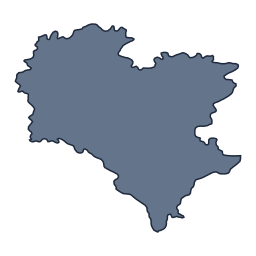 Kalinkavichy, Gomel, Belarus
{"feature_id": "67162791B95934163913722", "entity_name": "Kalinkavichy", "entity_type": "district", "adm_level": 2, "iso_a3": "BLR", "parent_name": "Belarus", "parent_adm1": "Gomel", "projection": "equal_earth", "projection_center": [29.457, 52.185], "detail": "fine", "context": "isolated", "style": "filled", "palette": "slate", "viewbox_px": 256, "rotation_deg": 0, "n_neighbors": 0, "source": "geoboundaries", "source_scale": "gbopen_adm2", "svg_char_len": 5707}
<svg xmlns="http://www.w3.org/2000/svg" viewBox="0 0 256 256"><path d="M38.6,37.1L38.7,40.7L37.1,41.8L36.5,43.3L35.2,44.4L35.2,45.5L36.3,46.4L37.3,47.0L37.5,48.6L36.3,50.0L34.6,50.5L33.5,51.5L33.5,53.4L33.8,54.6L33.5,56.2L33.2,57.0L32.0,58.1L31.2,58.6L29.0,59.3L24.8,60.0L24.0,60.9L25.1,62.0L27.0,63.2L27.2,64.4L27.8,65.7L29.5,66.7L31.3,68.2L30.1,69.6L26.0,70.3L24.4,71.0L23.4,71.8L21.5,72.4L18.8,72.7L17.0,74.4L16.7,76.0L16.7,77.9L15.9,79.7L15.4,81.2L16.3,82.3L19.3,84.5L20.5,85.9L19.1,88.3L18.5,89.8L17.9,91.4L18.5,92.0L19.7,91.9L21.7,91.3L22.7,91.2L23.8,92.3L25.1,93.1L27.7,93.7L28.4,94.6L28.2,96.6L28.2,99.2L27.9,100.8L28.5,102.2L31.6,105.0L33.2,106.7L34.6,108.7L34.4,109.6L33.3,112.3L33.1,113.7L32.6,114.6L31.5,115.1L29.4,116.7L28.7,117.6L29.4,118.6L31.2,120.0L32.5,121.7L30.9,123.9L29.8,125.1L28.5,127.0L28.3,129.2L29.5,130.6L31.3,132.2L31.7,133.0L31.8,134.1L31.0,134.8L30.2,136.3L30.4,137.6L31.4,138.9L30.2,139.8L29.6,139.9L30.1,140.9L32.1,141.8L33.2,141.8L35.5,141.0L36.6,141.0L37.7,141.5L39.2,141.8L39.9,141.7L40.7,141.2L42.0,139.7L43.1,138.9L45.2,138.8L46.3,139.2L47.3,140.3L48.0,141.7L49.6,141.5L50.2,141.2L52.1,140.8L53.9,141.4L54.9,142.2L57.3,143.0L57.9,142.9L58.9,142.3L58.8,141.3L58.4,140.4L57.4,139.2L58.8,138.4L60.7,138.9L62.7,139.9L64.6,141.2L65.2,141.8L67.0,143.3L68.6,144.1L71.5,145.0L73.2,145.7L74.3,147.5L74.6,148.8L75.3,150.0L77.1,152.1L78.9,152.9L80.5,153.0L81.5,152.8L82.6,152.2L83.2,151.2L83.3,150.1L84.1,149.1L85.2,149.1L86.8,149.9L87.7,150.9L88.5,152.1L89.7,153.0L91.5,153.8L94.3,156.5L96.8,157.7L98.8,158.4L101.3,159.5L103.2,161.7L103.6,163.2L104.1,166.5L105.1,167.7L110.1,170.5L113.4,172.0L117.3,174.1L118.5,175.9L118.3,177.3L117.4,178.7L115.5,179.6L114.4,180.5L113.9,181.5L114.0,183.0L114.4,184.7L115.5,185.8L116.3,187.6L116.0,188.9L117.4,190.1L120.2,191.9L123.0,193.5L129.9,194.3L131.4,195.1L133.8,197.2L136.4,199.3L145.1,205.2L146.8,207.4L147.3,211.0L147.7,211.9L149.1,213.6L149.0,215.3L149.3,217.1L150.7,218.9L151.1,221.1L151.1,223.3L151.4,225.4L152.2,227.2L153.8,230.0L155.7,231.1L157.8,232.0L158.5,230.9L160.7,230.4L163.9,228.8L165.2,227.4L166.1,225.7L166.4,223.7L166.4,221.0L167.0,220.2L167.4,218.9L167.4,216.3L167.9,214.9L169.6,214.3L170.6,214.2L171.9,217.1L172.9,217.5L174.6,217.1L176.3,216.4L178.3,217.0L181.3,217.5L182.3,217.9L183.9,217.3L183.4,216.0L181.4,215.1L179.9,214.1L178.5,213.6L178.1,212.8L178.1,210.3L176.9,208.7L176.7,207.7L176.8,207.0L177.7,205.4L179.1,204.7L180.3,203.7L181.1,199.3L181.7,198.3L184.1,196.6L185.5,195.7L189.1,194.8L190.3,193.5L190.9,189.9L191.6,188.2L192.9,187.2L193.8,185.6L194.2,183.9L194.2,182.8L195.6,180.0L196.9,179.4L198.6,179.0L201.3,178.1L203.4,177.2L212.0,172.8L213.5,172.2L216.0,171.9L217.2,172.3L218.7,173.2L220.1,173.8L224.9,173.9L227.2,173.5L228.6,172.9L229.5,171.5L230.5,169.1L233.7,166.5L236.6,164.3L237.9,163.2L240.1,161.0L240.2,159.8L240.6,158.5L240.5,157.1L240.6,155.7L235.0,155.9L231.8,155.9L229.1,155.7L226.7,155.5L224.4,155.1L223.1,154.6L222.5,153.5L222.3,151.3L219.1,149.7L218.2,148.9L218.2,147.8L217.8,146.5L216.6,145.5L216.2,144.5L216.0,143.2L216.0,141.9L216.6,140.8L216.9,139.5L216.1,138.7L214.0,138.2L212.2,138.1L210.3,138.4L209.0,139.4L208.7,140.6L208.7,143.6L208.1,144.5L206.5,144.9L205.3,144.3L204.5,142.7L203.1,141.7L200.3,140.9L199.9,139.5L200.3,138.2L199.2,137.8L197.8,137.4L196.0,136.5L195.0,135.0L194.8,133.4L194.9,129.8L195.5,128.1L196.7,127.0L198.5,126.3L200.5,126.1L203.1,126.2L205.4,126.0L207.7,125.5L209.2,124.6L211.7,123.8L212.0,121.7L211.8,119.8L210.2,116.6L210.3,115.1L211.1,113.5L215.6,111.7L216.3,110.5L215.7,109.0L213.3,105.6L213.3,103.9L214.9,102.8L219.0,101.3L221.0,100.1L223.5,99.0L228.8,95.8L231.3,93.8L232.4,92.4L233.6,88.6L234.2,87.6L235.8,86.3L236.1,85.2L235.9,83.8L233.9,83.0L232.7,81.9L232.0,80.0L228.0,79.5L226.2,79.5L224.5,78.1L224.0,76.2L226.8,74.1L228.7,73.0L232.1,71.6L235.1,70.0L237.7,68.0L238.3,66.5L238.3,65.1L237.1,64.2L235.5,63.6L232.9,63.6L229.7,62.7L227.3,63.0L225.8,63.6L224.2,63.7L221.4,63.7L216.9,62.7L215.4,62.7L212.8,62.2L212.0,61.5L212.6,60.6L213.5,59.7L213.3,57.6L213.5,56.6L212.5,55.5L211.0,56.1L209.7,56.1L207.0,55.9L205.3,56.6L203.0,58.2L201.8,57.4L200.8,54.6L199.5,53.7L198.1,53.4L197.2,53.5L196.7,54.7L196.2,55.5L195.5,56.1L193.2,57.3L191.4,57.6L189.7,57.6L188.8,56.5L187.7,54.9L185.8,53.7L184.1,53.0L182.7,52.7L179.7,53.9L176.4,54.9L172.5,56.7L171.1,56.8L168.6,55.8L167.8,53.2L166.7,52.6L165.2,52.4L162.9,52.5L161.2,53.1L161.2,54.1L162.1,56.2L162.8,56.8L163.0,57.9L163.0,58.8L161.9,59.4L161.1,59.1L159.9,58.2L158.6,57.6L157.4,57.2L155.4,57.9L154.5,58.5L154.0,59.7L154.4,61.2L155.5,62.8L155.8,63.5L155.1,64.8L155.0,65.9L153.8,67.2L150.5,68.1L147.3,68.2L143.2,68.0L142.2,69.0L141.2,69.8L139.6,69.9L138.5,69.1L137.8,67.5L136.3,66.3L135.3,66.5L133.6,67.3L132.0,67.2L131.2,65.8L132.1,64.7L132.7,63.6L132.9,61.8L132.1,60.3L130.5,59.2L127.8,57.9L125.2,57.5L121.2,56.3L118.7,55.2L118.1,53.6L118.8,52.1L120.0,50.7L120.7,48.9L122.1,47.0L122.9,45.7L126.2,43.6L131.0,41.2L132.1,40.9L133.8,39.7L134.0,39.1L132.1,37.9L128.4,37.7L126.3,37.3L125.8,36.0L125.7,33.1L125.8,32.0L126.3,31.0L126.3,30.0L124.1,28.7L122.2,27.4L121.0,27.4L119.5,28.7L118.5,30.2L116.6,31.1L114.7,30.5L114.2,29.3L114.1,27.5L113.7,26.2L112.3,26.0L110.2,29.0L108.9,29.9L107.8,30.9L106.0,31.1L104.3,31.0L102.4,29.9L100.7,28.1L98.6,26.6L97.0,24.8L95.5,24.2L92.4,24.0L90.3,24.3L87.9,25.2L86.0,26.3L83.1,27.3L82.1,28.9L79.7,29.5L77.0,29.8L74.5,30.4L73.7,31.8L73.0,34.2L71.7,36.0L69.7,37.8L68.6,38.4L66.2,38.7L65.3,38.4L63.2,36.8L62.0,37.0L60.5,37.6L59.0,38.4L57.6,38.6L57.4,37.6L57.9,34.6L57.7,32.7L56.9,31.6L55.1,31.2L53.1,32.3L51.7,34.2L50.3,36.8L50.0,38.0L49.5,39.2L48.3,39.5L47.5,39.2L47.0,38.2L46.9,36.6L46.4,35.1L45.0,34.8L40.3,36.8L38.6,37.1Z" fill="#64748b" stroke="#1e293b" stroke-width="1.5"/></svg>